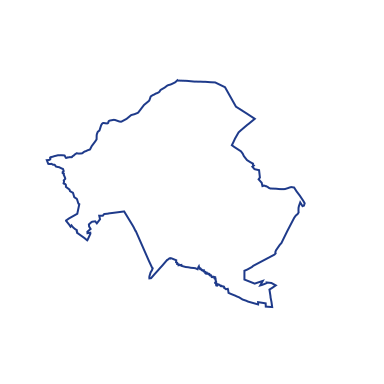 Šķilbēnu pag., Vilakas, Latvia (Albers equal-area conic projection), rotated 218°
{"feature_id": "27541924B83707221611867", "entity_name": "Šķilbēnu pag.", "entity_type": "district", "adm_level": 2, "iso_a3": "LVA", "parent_name": "Latvia", "parent_adm1": "Vilakas", "projection": "albers", "projection_center": [27.683, 57.053], "detail": "fine", "context": "isolated", "style": "outline", "palette": "blue", "viewbox_px": 384, "rotation_deg": 218, "n_neighbors": 0, "source": "geoboundaries", "source_scale": "gbopen_adm2", "svg_char_len": 5944}
<svg xmlns="http://www.w3.org/2000/svg" viewBox="0 0 384 384"><g transform="rotate(218 192 192)"><path d="M187.6,288.3L196.5,287.6L209.9,286.3L230.5,294.9L241.2,292.6L245.0,289.9L249.1,287.2L250.9,285.8L252.5,284.7L258.2,280.4L264.5,276.4L271.9,271.0L272.3,271.1L272.7,268.5L272.9,267.8L274.5,264.5L275.2,263.3L276.5,261.6L276.9,260.8L277.1,260.3L277.5,258.7L277.8,257.5L278.8,255.0L279.3,253.8L279.6,252.9L279.4,250.9L279.7,249.8L280.2,248.8L280.3,248.5L280.5,248.3L280.6,248.0L281.0,247.6L281.2,247.0L281.6,246.2L281.7,245.7L282.5,244.3L283.1,242.7L283.3,242.1L283.3,241.7L282.3,238.8L282.1,238.1L282.0,237.7L282.1,236.9L282.2,236.4L283.3,231.5L283.4,231.0L283.3,222.0L283.3,221.4L283.6,220.7L285.3,217.8L287.2,215.3L287.3,215.1L288.6,209.3L290.9,204.1L291.2,203.7L291.8,203.3L292.7,202.8L296.9,201.4L298.1,200.7L300.2,198.3L300.6,197.9L301.1,197.0L301.2,196.7L301.2,196.2L300.6,194.9L300.7,194.4L300.9,194.0L301.4,193.6L302.1,193.1L304.1,192.0L304.6,191.5L304.8,190.9L304.9,190.0L304.8,189.6L304.7,188.7L302.9,183.8L302.8,183.4L303.3,181.5L303.2,181.0L302.6,179.1L302.1,178.1L300.1,175.4L299.6,174.7L299.4,172.3L299.3,167.3L299.3,166.5L298.6,162.9L298.6,162.6L299.9,160.7L300.9,158.6L301.3,158.2L301.8,157.1L302.0,156.5L302.2,155.3L302.5,154.7L302.9,154.3L303.9,153.4L304.7,152.7L305.6,152.1L306.7,151.6L307.5,149.3L307.6,148.1L308.2,146.5L308.1,145.7L308.2,145.4L308.8,144.9L309.8,144.2L310.5,143.3L311.0,143.0L311.3,142.7L311.5,142.1L312.2,141.3L312.6,141.3L313.8,141.9L314.9,142.3L315.8,141.8L317.8,140.4L319.5,139.0L320.2,138.5L320.5,138.1L321.8,136.4L322.4,135.7L323.6,133.9L324.7,132.6L324.9,132.3L325.0,131.8L324.9,131.6L324.7,131.4L324.2,131.2L323.9,130.8L323.9,130.3L324.0,129.9L324.2,129.5L324.5,129.1L326.0,127.7L322.8,125.8L322.5,125.7L321.0,126.7L320.2,127.6L318.8,127.9L318.3,127.9L317.2,128.8L316.4,128.8L315.1,128.3L314.9,128.3L313.1,129.1L312.1,129.7L308.8,130.4L308.1,130.7L307.8,130.7L306.0,129.5L305.9,129.2L306.2,128.1L305.5,127.2L305.3,127.2L304.3,127.6L303.4,126.4L302.1,125.8L300.3,124.7L300.0,124.3L300.2,122.2L299.3,121.5L299.0,120.9L298.5,119.7L298.0,119.7L296.9,120.2L296.6,120.2L295.7,119.9L294.5,118.4L290.1,118.5L288.7,117.6L287.5,117.7L285.4,118.1L284.3,117.4L281.7,115.5L280.5,115.5L278.7,115.7L277.9,115.3L274.5,113.0L274.3,112.9L273.3,113.0L269.0,104.2L272.6,95.6L273.7,92.0L273.6,91.8L268.5,90.6L266.4,89.9L266.4,91.5L265.0,91.1L263.6,90.9L261.5,90.8L259.2,91.0L258.5,89.9L257.9,89.8L257.5,89.1L248.5,89.5L244.8,89.4L244.8,89.8L245.8,94.2L246.4,96.6L247.1,97.3L249.0,95.2L250.0,96.3L249.3,99.8L249.1,100.4L249.2,100.5L251.7,101.4L252.0,101.6L253.2,102.9L253.3,103.0L252.7,106.4L252.3,107.2L250.2,109.3L247.7,108.7L247.7,113.9L250.5,116.2L247.7,118.4L247.7,119.8L247.6,120.6L244.8,123.3L244.4,123.9L241.6,126.7L233.5,134.9L218.4,129.2L216.2,128.3L212.5,126.5L212.2,126.6L183.6,111.2L176.3,107.5L176.0,107.6L175.4,105.7L175.1,103.1L174.8,102.3L173.7,99.5L173.2,98.6L172.4,97.7L171.2,98.9L170.9,104.2L170.5,109.9L170.4,112.1L170.1,115.8L169.8,122.7L169.7,122.7L168.9,125.9L168.1,126.2L168.1,126.7L167.3,127.1L162.4,128.5L161.3,126.8L160.1,127.1L159.4,126.1L158.1,126.8L157.5,126.0L155.5,128.0L154.9,127.3L150.8,129.0L148.6,130.4L146.2,131.6L143.8,133.2L142.4,134.0L140.0,134.6L140.7,136.8L140.8,137.6L140.3,137.2L139.6,137.0L139.3,136.7L138.8,136.8L138.4,137.0L138.2,137.0L138.1,136.8L138.1,136.6L138.2,136.4L138.1,136.2L137.9,136.2L137.6,136.5L136.9,136.6L136.7,136.8L136.2,136.8L136.2,136.5L136.1,136.4L135.5,136.5L135.3,136.6L135.3,136.8L135.4,137.0L135.1,137.2L134.4,136.9L134.3,137.0L134.2,137.3L133.9,137.0L133.9,136.9L134.0,136.7L133.9,136.6L133.5,136.6L133.3,136.7L133.3,137.0L132.6,137.2L132.2,137.3L132.0,137.1L131.8,136.9L131.5,136.2L131.0,136.2L130.9,136.2L130.7,136.3L130.8,136.5L131.1,136.7L130.8,137.0L130.6,137.4L130.1,137.1L129.8,137.0L129.7,137.1L129.6,137.3L129.3,137.2L128.9,137.3L129.1,137.7L128.1,138.1L128.0,137.8L127.9,137.6L127.5,137.5L126.8,137.7L126.6,137.3L126.4,137.3L126.0,137.6L125.8,138.0L125.7,138.1L125.3,138.0L124.9,137.8L124.3,137.2L124.1,137.1L123.8,137.2L123.2,137.8L122.9,138.5L122.3,138.7L121.4,139.1L121.3,138.9L121.1,138.7L120.9,138.7L120.9,138.8L120.9,137.7L120.6,137.7L120.1,138.2L119.7,137.7L119.3,137.4L119.1,137.0L118.0,136.4L117.7,136.1L118.0,135.6L118.0,135.3L117.9,134.6L117.6,134.5L116.3,134.9L116.1,134.4L116.1,134.0L115.9,133.7L115.5,133.4L115.3,133.6L115.2,133.9L114.9,133.7L114.6,133.6L114.4,133.8L114.4,134.1L114.5,134.4L114.8,134.6L114.9,134.9L114.7,135.2L114.1,135.6L113.1,135.7L112.4,135.7L112.1,135.8L112.0,135.6L111.7,135.5L111.4,135.5L111.2,135.6L110.9,136.2L110.5,136.1L110.1,136.2L109.6,136.7L108.5,137.1L108.3,137.0L107.6,136.2L107.1,136.2L106.9,136.3L106.5,136.4L105.4,136.3L105.2,136.5L104.2,137.7L103.1,136.9L101.1,135.0L98.7,135.6L93.9,137.0L92.7,137.2L90.0,138.0L86.0,138.4L82.3,139.7L80.5,140.1L70.7,144.1L71.5,145.2L72.1,145.9L65.4,149.6L63.3,147.1L58.0,150.7L61.6,154.2L65.1,157.2L66.0,158.2L70.9,162.8L69.8,165.8L68.5,170.0L73.4,169.2L76.0,167.6L75.9,167.6L76.7,167.0L78.4,163.9L79.6,161.9L80.7,160.4L81.5,165.5L86.2,158.4L96.8,155.3L102.2,162.2L100.7,164.9L98.6,169.8L98.3,171.5L88.5,193.4L88.4,194.4L88.3,195.1L89.3,195.9L89.9,197.7L90.3,204.5L90.1,206.8L91.0,211.0L92.9,220.1L95.6,234.7L95.7,237.3L95.3,239.2L95.2,239.6L95.4,241.5L96.5,242.7L98.3,245.1L99.1,246.8L100.3,250.4L96.2,248.9L95.4,250.2L96.3,252.5L98.8,253.5L104.8,255.5L110.1,256.9L114.3,258.4L116.8,257.0L117.9,255.6L118.6,254.4L120.6,251.5L122.5,249.9L125.1,248.0L127.7,246.4L132.4,243.0L134.2,242.5L135.2,242.6L137.3,242.2L137.7,241.8L138.6,241.7L139.5,241.2L139.7,240.5L140.1,240.0L142.8,242.2L147.3,243.0L147.4,245.2L152.6,250.5L156.3,248.7L156.9,248.5L160.0,249.1L159.6,250.9L160.5,250.9L161.0,251.2L161.4,251.6L161.5,251.9L164.3,251.4L168.3,251.0L173.2,252.2L175.2,253.2L175.5,253.4L178.5,254.2L186.5,253.5L189.4,253.4L190.0,256.4L191.0,260.7L192.0,267.7L191.4,271.1L189.7,279.3L189.4,280.2L187.6,288.3Z" fill="none" stroke="#1e3a8a" stroke-width="2"/></g></svg>